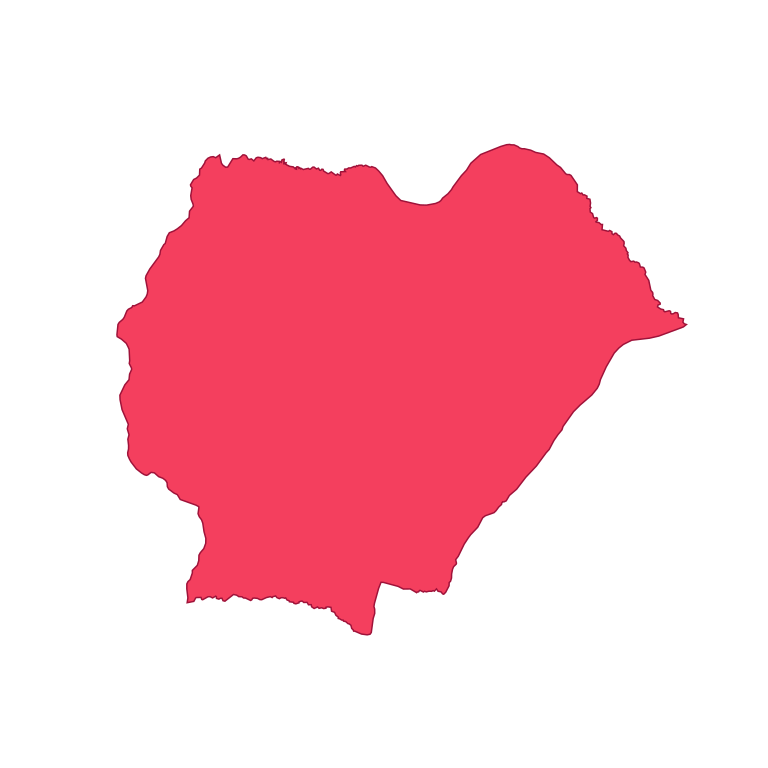 outline of Tunduru, Ruvuma, United Republic of Tanzania, rotated 107°
{"feature_id": "72390352B58168894275482", "entity_name": "Tunduru", "entity_type": "district", "adm_level": 2, "iso_a3": "TZA", "parent_name": "United Republic of Tanzania", "parent_adm1": "Ruvuma", "projection": "albers", "projection_center": [37.262, -10.895], "detail": "fine", "context": "isolated", "style": "filled", "palette": "rose", "viewbox_px": 768, "rotation_deg": 107, "n_neighbors": 0, "source": "geoboundaries", "source_scale": "gbopen_adm2", "svg_char_len": 6171}
<svg xmlns="http://www.w3.org/2000/svg" viewBox="0 0 768 768"><g transform="rotate(107 384 384)"><path d="M238.7,112.2L238.6,114.5L237.5,116.2L234.1,116.6L234.6,121.8L231.5,123.0L230.2,124.1L230.5,126.4L232.3,128.0L232.9,129.4L232.7,130.4L230.8,131.2L230.6,131.8L230.6,132.7L232.8,136.5L232.7,137.4L231.2,138.5L231.4,141.3L230.3,145.0L228.2,145.0L227.1,143.3L225.9,143.5L224.1,146.7L224.0,149.8L220.9,152.9L219.4,153.1L217.9,153.9L216.4,156.2L207.5,161.1L203.0,166.4L200.5,166.4L197.0,169.2L196.6,170.6L197.2,173.0L194.2,175.0L193.7,175.9L193.5,178.1L194.1,179.6L193.5,181.1L194.8,183.7L193.8,185.5L191.5,187.8L189.3,188.2L188.5,189.4L187.2,189.0L185.5,191.3L183.4,192.4L181.8,195.2L179.2,195.5L177.6,196.2L175.2,200.4L173.6,201.9L173.0,204.4L172.0,205.6L172.2,207.1L174.1,208.3L173.6,209.9L171.7,210.6L171.2,213.1L172.4,214.1L172.7,220.6L167.6,221.7L168.0,223.0L166.8,225.6L167.2,228.4L166.9,228.8L165.1,227.8L163.1,228.4L162.7,229.3L163.8,231.1L163.5,232.2L160.1,234.4L159.3,237.0L156.1,238.3L154.9,237.7L153.8,238.9L150.5,239.4L147.1,241.1L147.2,244.3L145.0,244.8L144.5,247.6L145.0,248.9L143.6,250.7L144.5,251.8L143.5,255.4L137.0,257.3L129.9,266.1L129.5,267.9L130.2,270.5L129.7,271.9L125.3,278.5L124.0,282.7L119.3,292.0L117.4,298.5L118.2,306.7L117.5,312.1L118.0,318.7L118.7,320.9L118.6,323.4L117.8,325.3L117.3,329.6L118.2,332.6L118.1,333.7L119.3,336.7L122.7,341.8L136.3,358.7L147.5,365.5L155.4,367.6L162.1,370.9L175.3,375.6L178.4,376.3L183.3,378.4L189.1,382.3L191.9,383.2L193.7,384.4L196.3,387.5L200.5,395.6L202.2,401.8L203.6,421.6L200.5,427.7L191.2,439.8L185.2,446.2L181.9,451.3L179.9,455.3L179.7,459.3L180.5,459.9L180.8,461.2L180.1,465.4L181.9,467.6L181.2,469.1L182.3,472.2L183.3,472.9L183.2,474.1L184.8,474.9L184.6,476.1L187.1,479.0L187.7,481.0L189.2,482.2L190.0,484.4L191.0,484.4L192.1,483.0L193.7,487.4L194.7,487.5L196.7,486.5L197.4,486.8L196.8,490.0L198.0,490.4L198.4,491.2L196.6,496.5L198.8,498.2L199.2,499.3L198.0,504.0L196.6,505.0L196.7,506.2L198.2,507.0L198.4,508.0L196.8,509.8L198.1,511.5L197.0,514.4L197.5,515.6L200.1,517.2L200.4,518.1L199.9,519.4L202.5,523.9L202.0,526.4L202.6,526.8L201.8,527.9L202.6,528.4L201.5,529.6L201.7,530.8L202.4,531.1L204.2,530.5L204.2,531.8L203.3,532.2L203.6,532.9L202.9,534.2L203.5,538.4L203.1,539.0L203.2,540.5L202.6,541.3L202.7,542.4L201.2,542.3L202.6,544.2L202.0,544.5L201.1,543.8L200.6,544.9L198.6,544.9L198.2,545.4L199.5,547.1L201.8,547.0L201.4,547.7L202.9,548.7L201.7,549.2L202.3,551.7L203.2,552.6L203.3,554.1L201.9,558.0L203.3,560.6L202.2,561.3L202.8,562.2L201.8,563.3L204.1,566.3L203.6,568.1L204.0,570.8L205.0,572.3L208.7,573.7L207.5,576.7L208.7,578.6L208.7,579.6L206.1,582.4L205.7,584.2L206.1,585.9L209.1,587.6L210.8,589.2L211.7,590.7L212.7,594.4L222.2,596.9L223.0,598.8L221.8,602.2L220.4,604.0L213.0,608.2L216.8,611.1L216.5,613.8L217.6,616.2L219.6,618.4L222.9,620.1L225.1,620.1L230.9,621.7L232.4,623.0L238.2,621.5L241.9,623.5L244.1,625.8L250.1,627.3L251.3,626.6L252.5,624.9L260.3,623.9L263.8,622.4L267.8,619.2L269.7,618.3L275.6,620.5L282.0,619.0L285.9,621.5L291.7,624.0L296.0,627.0L299.0,629.6L302.1,633.5L306.3,634.5L313.6,634.3L315.1,635.3L321.6,636.8L325.5,636.2L328.3,636.6L342.5,641.6L350.0,643.2L352.7,643.0L363.8,637.2L367.2,636.7L370.3,637.0L376.3,639.1L382.2,645.5L382.6,647.2L384.6,647.6L387.2,650.3L389.3,651.3L396.2,651.9L398.6,652.7L402.5,655.2L404.8,655.8L415.0,653.8L416.7,653.0L417.9,648.1L420.5,642.3L423.3,639.6L425.3,637.9L426.9,637.3L436.1,634.0L438.9,633.6L442.6,630.1L444.0,629.6L448.9,630.2L454.4,629.1L460.6,631.6L471.9,633.3L476.2,631.8L485.1,627.0L497.3,616.7L501.9,616.4L507.1,613.0L511.7,612.8L517.4,610.3L520.9,609.3L524.8,609.0L527.3,608.0L530.2,605.5L532.6,603.0L537.6,596.0L540.0,589.8L540.8,586.7L540.8,584.5L540.0,583.3L536.6,580.9L536.1,577.6L538.5,572.4L538.8,567.9L540.0,564.7L541.8,562.6L545.6,561.1L547.5,559.1L549.7,553.0L550.2,549.3L554.0,545.1L554.8,528.5L555.4,525.4L556.3,524.9L562.4,523.9L564.9,521.9L567.2,518.8L570.1,516.6L577.9,512.9L583.8,509.2L588.5,507.9L594.1,508.2L598.9,510.3L601.8,510.9L607.1,509.5L612.0,509.5L618.3,512.8L620.8,512.0L627.7,512.2L630.3,513.7L632.8,514.1L637.5,512.7L645.9,509.0L650.7,508.3L647.5,502.3L643.9,501.6L643.1,501.1L641.6,496.6L643.3,495.3L643.3,494.3L638.9,490.1L638.2,488.1L638.7,485.4L636.1,482.9L636.4,482.1L638.0,481.5L638.0,479.0L636.7,477.7L636.3,476.3L638.3,474.6L638.2,472.6L629.3,466.4L629.0,463.2L629.8,460.7L629.0,457.7L629.7,455.7L629.2,453.9L630.0,448.2L628.9,447.3L627.4,447.0L626.6,445.5L626.0,442.2L626.5,439.7L626.0,437.8L622.6,434.0L620.6,430.6L620.9,428.5L619.8,428.0L618.4,425.7L619.6,423.9L619.9,421.3L618.5,420.0L617.9,418.2L617.9,416.3L617.3,415.5L618.9,413.6L619.0,411.4L619.9,410.8L619.2,406.7L620.1,406.0L620.0,404.0L618.1,401.3L617.1,401.5L615.8,399.6L615.6,398.4L616.4,396.9L615.3,393.7L617.2,391.7L616.3,389.1L618.2,388.1L619.1,385.2L616.6,382.3L617.5,380.5L616.2,378.2L616.4,376.0L615.4,374.0L614.6,374.3L613.5,372.6L613.1,369.4L616.6,367.7L616.8,364.5L619.2,362.4L620.4,359.4L621.6,359.2L621.5,357.9L622.1,355.5L621.8,353.9L622.6,353.4L622.4,351.2L623.7,348.3L623.6,347.0L624.4,345.1L627.2,343.4L628.1,341.6L629.2,340.8L628.9,339.8L629.7,332.4L628.8,326.8L627.4,324.2L625.4,323.5L611.4,325.8L606.1,325.8L602.0,327.1L599.7,328.6L596.3,329.0L581.0,329.4L574.5,328.9L573.9,326.6L573.4,311.3L574.4,305.5L572.3,299.0L574.0,291.8L573.4,291.6L572.6,290.1L571.1,289.7L570.8,289.1L571.4,285.5L570.4,284.7L570.4,282.7L569.0,280.4L568.3,277.8L567.2,276.6L567.4,275.3L564.6,273.9L566.4,271.7L566.1,268.8L567.4,266.8L567.7,265.9L567.4,265.3L565.1,264.1L558.0,262.8L554.8,263.6L553.2,262.7L549.8,262.7L545.9,263.8L541.0,264.3L538.3,264.0L535.2,262.3L534.2,262.3L531.0,264.1L527.0,262.6L513.7,260.5L506.5,258.4L502.8,257.1L493.6,252.5L483.0,250.5L480.3,248.5L474.9,241.2L472.6,239.9L468.1,238.3L464.9,236.4L463.5,236.6L461.9,236.1L461.7,234.9L460.1,233.0L453.9,231.5L445.8,226.4L431.6,221.1L417.9,214.3L402.5,208.9L398.3,206.9L388.4,205.0L381.5,202.8L375.8,200.4L372.3,200.4L355.1,194.7L346.6,190.2L333.8,182.1L325.7,178.8L321.3,178.1L316.4,178.3L302.6,176.5L287.1,172.9L280.9,169.9L276.2,166.7L269.7,159.9L262.6,143.6L257.8,135.2L241.9,114.4L238.7,112.2Z" fill="#f43f5e" stroke="#9f1239" stroke-width="1.5"/></g></svg>